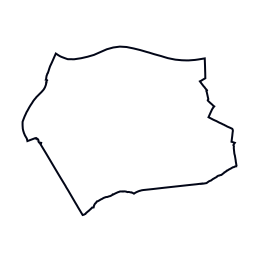 the district of Barendrecht, Zuid-Holland, Netherlands, rotated 174°
{"feature_id": "6326949B83173005742078", "entity_name": "Barendrecht", "entity_type": "district", "adm_level": 2, "iso_a3": "NLD", "parent_name": "Netherlands", "parent_adm1": "Zuid-Holland", "projection": "albers", "projection_center": [4.521, 51.852], "detail": "fine", "context": "isolated", "style": "outline", "palette": "ink", "viewbox_px": 256, "rotation_deg": 174, "n_neighbors": 0, "source": "geoboundaries", "source_scale": "gbopen_adm2", "svg_char_len": 5140}
<svg xmlns="http://www.w3.org/2000/svg" viewBox="0 0 256 256"><g transform="rotate(174 128 128)"><path d="M44.4,189.2L47.7,189.0L51.2,188.8L54.3,188.7L61.0,188.9L64.9,189.4L67.6,189.8L70.1,190.3L73.6,191.0L74.3,191.2L81.0,193.3L84.6,194.8L87.6,196.1L90.2,197.1L94.3,198.7L99.4,200.9L101.0,201.5L107.6,204.2L114.3,206.6L119.1,208.1L120.0,208.4L121.0,208.7L127.6,209.8L134.3,209.6L140.9,208.5L147.5,206.4L154.1,204.3L154.5,204.2L158.5,203.5L160.7,203.1L167.3,202.3L174.0,202.0L174.3,202.0L180.6,202.7L181.1,202.9L183.8,204.2L186.4,205.5L187.3,206.0L187.6,206.2L187.8,206.3L189.6,207.6L190.3,208.2L192.0,209.6L195.2,204.0L196.8,201.2L198.0,199.2L199.0,197.6L199.8,195.9L200.3,194.8L200.7,193.8L201.2,192.7L202.1,190.8L202.5,190.6L202.7,190.0L202.8,189.8L203.0,189.3L203.4,188.7L203.5,188.4L203.6,188.1L203.7,187.7L203.8,187.5L203.9,187.0L204.1,186.3L204.1,186.0L204.3,185.6L204.4,184.8L204.4,184.7L204.5,184.6L204.0,184.4L204.0,184.0L203.7,183.8L203.6,184.0L203.5,183.9L203.8,183.5L204.0,183.2L204.4,182.5L204.3,182.2L204.6,181.7L204.4,181.6L204.8,180.6L205.0,179.9L205.3,179.2L206.3,177.2L206.6,176.7L207.2,176.0L207.3,175.7L208.5,174.4L209.1,173.9L210.4,172.7L210.8,172.4L216.0,168.2L216.5,167.6L218.1,166.1L219.5,164.6L220.7,163.0L222.3,161.1L223.4,159.7L224.5,158.2L225.3,157.0L226.5,155.3L227.2,154.4L228.4,152.3L229.5,150.5L230.8,148.0L231.7,146.2L231.9,145.8L232.2,145.1L232.5,142.5L232.6,141.1L232.7,138.4L232.6,137.3L232.4,135.7L232.1,134.5L232.1,134.1L231.6,132.6L231.3,131.5L229.8,128.2L229.7,127.8L229.4,125.5L221.3,127.6L221.1,127.3L220.8,127.1L220.2,127.4L219.6,126.4L219.1,126.6L218.6,125.9L218.3,125.1L218.4,124.6L218.4,124.2L218.3,123.8L218.4,123.7L218.2,123.3L217.9,123.0L217.9,122.9L215.9,122.3L216.3,121.1L216.8,121.2L213.6,114.4L212.0,111.0L209.2,104.9L207.6,101.4L204.3,94.2L200.4,85.8L198.6,82.0L197.7,80.1L196.0,76.5L196.0,76.3L195.2,74.6L194.0,72.1L188.2,59.2L186.7,56.0L186.2,54.8L184.2,50.5L182.2,46.2L180.9,46.4L180.7,46.5L180.0,46.8L179.6,46.9L179.3,47.0L179.2,47.1L178.8,47.6L178.7,47.7L178.5,47.9L178.3,48.0L177.9,48.3L177.7,48.4L177.3,48.7L176.1,49.5L175.7,49.7L175.1,50.2L174.0,51.0L173.5,51.3L173.4,51.5L172.4,52.2L172.1,52.6L171.7,52.6L170.5,52.6L170.4,52.9L170.3,53.3L170.2,53.7L170.0,54.0L169.9,54.4L169.8,54.5L169.6,54.9L169.5,55.1L169.3,55.4L169.0,55.8L168.6,56.3L167.6,57.0L166.7,58.2L166.2,58.2L165.8,58.3L164.9,58.7L164.3,58.9L162.7,59.7L161.9,60.0L161.5,60.1L160.8,60.4L160.2,60.7L160.0,60.8L159.5,61.0L158.8,61.2L157.2,61.6L156.8,61.6L156.2,61.6L155.5,61.6L155.2,61.7L154.5,61.9L154.0,62.0L153.5,62.1L153.0,62.1L152.7,62.2L152.2,62.4L151.8,62.5L151.6,62.6L151.4,62.7L150.2,63.3L150.1,63.6L149.9,63.6L149.6,63.4L147.9,64.1L147.6,64.2L146.2,64.7L144.7,65.2L144.1,65.3L142.6,65.7L141.5,65.6L141.4,65.6L140.0,65.4L140.0,65.5L139.9,65.5L139.8,65.4L139.3,65.4L138.9,65.4L138.0,65.3L137.9,65.3L136.8,65.0L136.6,65.0L135.9,64.6L135.2,64.3L134.6,64.4L134.4,64.3L134.0,64.3L133.9,64.3L133.5,64.2L131.6,63.5L131.3,63.4L131.1,63.4L131.0,63.5L130.4,63.1L129.7,62.7L129.4,62.4L129.2,62.3L129.0,62.1L128.8,62.1L128.6,62.3L128.2,62.5L126.4,63.3L124.8,63.8L123.0,64.3L122.5,64.3L121.1,64.6L119.3,64.7L117.8,64.7L109.5,64.7L98.5,64.8L73.2,64.9L65.5,64.9L60.5,65.0L60.6,64.8L59.0,64.8L55.7,65.0L55.3,65.2L55.0,65.4L53.6,66.2L53.3,66.4L52.5,66.7L51.8,66.9L51.4,67.0L51.2,67.0L50.8,67.2L50.3,67.5L49.6,67.9L49.2,68.2L48.3,68.6L48.2,68.6L47.8,68.8L47.0,69.2L46.2,69.5L45.5,69.8L44.7,70.2L44.6,70.4L44.5,70.5L44.1,70.7L43.7,70.9L43.2,71.1L42.3,71.2L42.0,71.2L41.5,71.4L40.9,71.5L40.4,71.5L40.0,71.6L39.5,71.9L39.3,72.0L39.2,72.1L38.9,72.3L38.5,72.6L38.4,72.6L37.4,73.2L36.9,73.6L36.7,73.7L36.7,73.8L36.2,74.0L35.8,74.2L34.6,74.9L34.5,75.0L34.4,74.9L34.0,75.2L33.4,75.5L33.0,75.6L32.8,75.7L32.4,76.0L32.0,76.1L31.7,76.3L30.6,76.7L30.2,76.9L29.8,77.0L28.9,77.5L28.6,77.6L27.7,78.0L26.9,78.0L26.6,78.1L26.4,78.2L26.1,78.3L25.8,78.5L25.5,78.5L25.4,78.5L24.9,78.6L24.4,78.6L23.4,78.6L23.6,78.6L23.8,78.7L23.9,79.0L24.1,79.2L24.1,79.4L24.1,79.6L24.1,80.4L24.2,81.8L24.3,83.2L24.3,84.9L24.4,85.9L24.4,86.4L24.6,89.5L24.8,90.6L24.9,91.6L24.9,92.3L24.9,93.1L24.9,93.9L24.9,94.7L24.9,95.5L24.9,96.6L24.9,97.0L24.6,98.8L24.7,99.0L24.7,99.3L24.9,99.8L25.0,100.0L24.3,100.9L23.8,101.5L23.3,102.1L26.5,103.5L26.3,104.3L25.1,109.4L24.9,110.4L24.3,113.1L24.0,114.1L24.0,114.4L24.0,114.9L24.0,115.0L24.1,115.5L24.3,116.1L24.4,116.3L26.5,117.6L27.6,118.2L28.5,118.7L29.5,119.3L30.3,119.9L31.3,120.5L31.9,121.0L32.7,121.4L34.1,122.3L34.7,122.7L36.3,123.6L36.8,123.9L39.0,125.4L39.6,125.8L39.8,125.9L40.2,126.1L41.4,126.8L42.4,127.4L43.2,127.9L43.4,128.1L43.9,128.4L44.2,128.6L45.1,129.2L46.8,130.3L44.2,134.8L43.0,136.8L42.6,137.5L41.7,138.7L41.4,139.0L40.5,140.2L40.4,140.1L40.0,140.5L40.9,141.2L41.4,142.0L43.6,144.4L44.9,145.9L45.4,146.5L45.7,147.0L45.8,147.1L45.8,147.3L45.7,147.4L45.7,147.5L45.3,148.1L45.2,148.2L45.1,148.3L45.1,148.5L45.3,149.9L46.0,156.2L46.2,156.6L45.5,157.1L45.6,157.4L45.8,157.8L46.6,158.8L47.0,159.4L47.5,160.4L47.7,160.6L48.0,161.1L48.3,161.4L50.8,165.5L51.6,166.9L50.2,167.4L48.8,168.1L46.8,169.0L45.9,169.4L45.4,175.3L45.4,175.5L44.9,181.9L44.4,189.2Z" fill="none" stroke="#020617" stroke-width="2"/></g></svg>